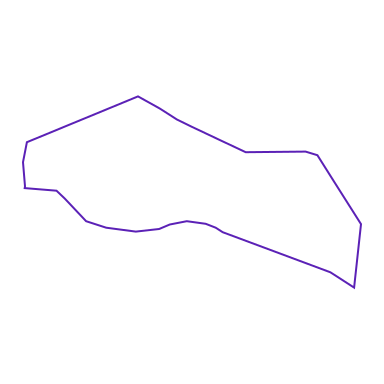 L'Union, Praslin, Saint Lucia
{"feature_id": "8701671B12184767464675", "entity_name": "L'Union", "entity_type": "district", "adm_level": 2, "iso_a3": "LCA", "parent_name": "Saint Lucia", "parent_adm1": "Praslin", "projection": "albers", "projection_center": [-60.901, 13.877], "detail": "fine", "context": "isolated", "style": "outline", "palette": "violet", "viewbox_px": 384, "rotation_deg": 0, "n_neighbors": 0, "source": "geoboundaries", "source_scale": "gbopen_adm2", "svg_char_len": 490}
<svg xmlns="http://www.w3.org/2000/svg" viewBox="0 0 384 384"><path d="M138.0,96.4L26.9,142.2L23.0,162.2L25.0,186.3L24.7,188.1L56.5,190.7L64.7,198.5L86.1,221.2L106.2,227.7L135.8,231.6L159.1,229.0L169.8,224.5L186.8,221.2L205.7,223.8L215.7,227.7L222.7,232.2L330.4,272.3L354.1,287.6L356.6,264.7L361.0,224.1L334.3,182.0L317.4,155.2L305.6,151.6L245.7,152.2L219.1,139.7L191.6,126.7L185.3,123.6L176.9,119.5L159.9,108.6L145.9,100.8L138.0,96.4Z" fill="none" stroke="#5b21b6" stroke-width="2"/></svg>